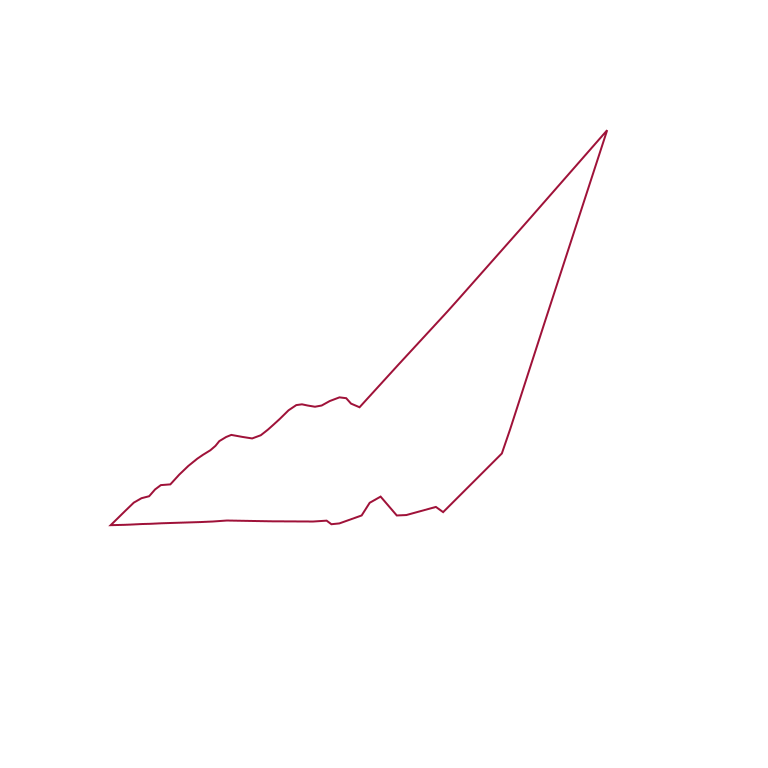 outline of Branquinha, Alagoas, Brazil, rotated 336°
{"feature_id": "56859067B15219395707905", "entity_name": "Branquinha", "entity_type": "district", "adm_level": 2, "iso_a3": "BRA", "parent_name": "Brazil", "parent_adm1": "Alagoas", "projection": "orthographic", "projection_center": [-36.101, -9.21], "detail": "fine", "context": "isolated", "style": "outline", "palette": "rose", "viewbox_px": 768, "rotation_deg": 336, "n_neighbors": 0, "source": "geoboundaries", "source_scale": "gbopen_adm2", "svg_char_len": 918}
<svg xmlns="http://www.w3.org/2000/svg" viewBox="0 0 768 768"><g transform="rotate(336 384 384)"><path d="M385.9,525.1L463.4,495.4L480.7,476.8L555.7,393.2L691.1,242.9L580.5,294.0L485.4,337.3L471.6,343.5L404.5,372.4L352.2,395.3L345.9,388.5L343.7,381.6L337.9,378.1L327.5,377.5L318.3,378.3L311.7,376.7L305.5,372.6L300.8,369.2L295.3,367.6L286.1,369.2L274.6,373.5L266.2,376.3L259.3,378.5L250.6,380.7L241.4,380.1L233.2,374.8L223.8,368.4L218.2,368.2L210.3,369.2L204.8,372.0L198.4,373.9L189.5,375.1L183.0,376.3L172.1,379.2L160.1,383.5L148.0,388.8L139.0,385.6L132.0,387.2L123.8,391.0L116.0,389.7L107.2,390.6L95.9,394.7L76.9,401.8L89.4,407.0L94.9,409.2L106.0,413.5L113.7,416.7L124.0,420.7L160.5,435.6L171.7,440.0L184.9,444.8L225.0,463.5L263.3,480.8L276.0,485.5L278.9,490.7L286.5,493.2L310.1,495.0L322.6,486.7L335.1,485.5L342.2,509.3L351.1,512.8L381.4,517.4L385.9,525.1Z" fill="none" stroke="#9f1239" stroke-width="2"/></g></svg>